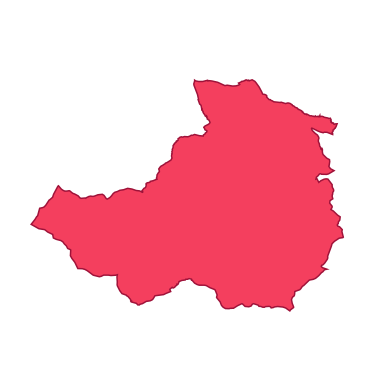 outline of Mihaileni, Sibiu, Romania, rotated 187°
{"feature_id": "2599482B13482598439545", "entity_name": "Mihaileni", "entity_type": "district", "adm_level": 2, "iso_a3": "ROU", "parent_name": "Romania", "parent_adm1": "Sibiu", "projection": "robinson", "projection_center": [24.371, 45.991], "detail": "fine", "context": "isolated", "style": "filled", "palette": "rose", "viewbox_px": 384, "rotation_deg": 187, "n_neighbors": 0, "source": "geoboundaries", "source_scale": "gbopen_adm2", "svg_char_len": 5903}
<svg xmlns="http://www.w3.org/2000/svg" viewBox="0 0 384 384"><g transform="rotate(187 192 192)"><path d="M203.0,303.3L202.9,302.6L203.4,299.5L203.0,298.1L198.4,289.4L196.8,284.8L197.2,284.5L195.1,280.2L194.2,279.7L193.5,278.9L192.5,275.8L192.1,275.8L192.0,275.6L192.4,275.4L192.3,274.6L190.8,273.3L190.9,272.8L190.0,271.4L188.8,270.3L188.1,269.0L187.4,268.8L186.9,269.4L186.2,268.3L186.5,267.7L185.6,266.8L185.7,266.3L183.8,265.3L182.6,263.3L182.6,262.9L183.8,261.3L187.1,259.1L188.2,257.7L188.1,257.4L187.3,256.7L186.7,255.3L184.8,254.7L184.6,253.7L184.9,253.1L186.0,252.1L186.1,251.3L187.6,250.0L187.7,248.9L191.6,248.8L196.5,249.4L198.0,248.5L198.9,248.2L199.6,248.3L201.3,247.0L202.9,246.3L206.3,246.1L208.0,245.3L209.0,245.5L210.5,245.0L211.3,244.0L212.3,243.3L212.1,241.8L213.2,240.6L213.5,240.8L213.8,240.5L214.0,239.8L213.9,239.4L215.1,238.4L215.4,237.3L215.8,237.2L215.9,236.5L216.4,235.9L216.2,233.8L216.8,231.9L216.5,230.9L216.9,229.6L216.4,228.1L216.8,227.4L216.5,226.9L216.7,226.3L216.7,225.2L216.0,223.2L216.8,221.1L220.5,218.1L221.9,217.4L222.2,216.7L223.8,215.5L224.2,215.0L225.8,214.0L226.7,212.9L227.8,210.8L226.9,208.7L226.9,208.0L227.5,207.5L228.8,204.7L228.7,202.6L229.0,201.4L228.3,200.5L232.1,198.4L234.7,197.5L234.7,197.1L235.3,196.4L237.5,195.7L238.3,195.1L238.7,194.3L238.2,193.8L238.5,191.2L239.2,190.3L240.1,189.8L241.8,187.1L241.0,186.5L241.0,185.7L241.3,185.6L244.0,186.7L247.7,186.7L251.9,187.6L256.3,187.8L260.2,185.9L263.8,184.9L266.1,183.4L268.6,182.3L270.0,180.9L271.4,178.4L272.8,176.5L275.3,174.6L276.3,175.0L278.9,177.9L280.7,178.8L285.0,177.8L288.8,175.8L290.6,175.5L292.0,175.6L293.8,175.0L296.4,173.3L296.7,172.8L297.4,173.0L301.3,172.2L302.5,172.5L304.5,174.3L308.2,175.7L310.3,176.2L313.4,178.2L314.1,178.3L316.6,177.6L318.4,177.4L320.1,177.9L322.0,178.9L325.3,181.9L325.8,181.4L329.1,172.9L329.7,169.8L332.3,166.9L332.8,166.6L335.5,161.1L336.9,159.2L338.3,158.3L341.2,157.3L342.3,149.6L343.2,148.5L344.4,145.8L347.7,140.3L339.5,136.9L333.9,136.7L333.1,136.4L330.4,134.7L325.1,132.9L324.0,129.5L321.1,128.5L316.1,127.8L314.0,126.7L312.4,124.9L310.2,123.3L308.5,120.8L305.5,119.9L305.3,119.6L304.9,113.9L303.2,111.5L299.7,107.9L296.0,102.1L291.4,102.5L288.8,102.1L286.3,101.1L279.9,97.4L273.6,96.6L271.9,97.2L269.6,98.7L264.8,99.3L262.3,99.2L257.6,100.1L256.0,100.8L256.1,98.5L255.2,93.6L255.0,90.8L254.6,89.7L251.6,85.2L249.1,82.6L244.6,81.6L244.3,81.1L242.8,80.5L239.9,77.8L239.7,77.0L238.8,76.5L239.3,75.8L238.9,75.5L233.6,74.7L232.0,73.3L230.4,73.5L230.0,74.2L227.5,75.2L224.0,77.9L220.3,78.9L218.5,80.0L217.6,81.1L216.1,84.5L207.7,86.7L205.4,88.2L201.0,90.6L202.2,92.7L200.1,95.0L199.1,94.4L197.6,95.3L197.1,96.3L195.5,97.9L195.8,98.6L194.7,98.7L194.1,100.5L194.0,101.5L191.3,103.0L187.9,103.9L187.6,104.6L185.6,104.9L184.4,105.7L181.9,105.4L181.7,104.4L181.2,104.5L178.4,101.9L175.7,100.8L173.6,100.4L168.4,101.0L166.5,100.9L162.5,99.2L158.2,98.1L157.1,97.6L154.5,92.9L154.8,90.5L154.4,89.9L150.7,86.4L149.0,83.2L148.2,82.4L147.0,81.4L144.6,80.4L141.0,80.7L139.8,81.2L136.6,81.7L132.8,84.8L128.9,87.2L128.3,87.1L125.4,84.9L121.6,85.0L119.7,85.9L119.2,86.3L118.7,87.7L117.7,88.5L117.0,88.6L112.7,87.8L111.6,86.7L109.6,86.8L108.1,86.3L106.2,86.4L105.1,87.2L101.5,87.9L100.1,87.6L99.3,86.6L97.1,87.3L96.1,88.0L93.0,88.8L87.8,88.9L84.9,88.3L80.4,85.9L79.9,87.0L77.1,89.7L77.1,90.2L79.0,93.8L80.1,97.2L79.8,98.8L79.3,100.0L77.9,101.4L77.7,102.6L77.8,105.8L73.2,108.1L72.3,109.2L70.9,111.9L69.8,112.7L64.8,118.9L61.0,120.1L58.8,121.4L56.0,124.4L53.7,127.7L52.4,128.8L51.0,131.0L48.7,131.8L53.3,132.8L54.6,133.8L54.4,135.0L53.2,135.6L51.7,137.5L49.5,141.7L49.2,143.1L49.5,144.5L49.4,145.4L47.1,155.1L46.7,157.7L44.6,160.4L40.3,164.1L36.7,165.1L36.3,165.6L38.4,171.0L38.3,173.0L41.2,175.4L43.1,175.9L43.7,176.7L43.7,177.5L43.0,178.5L43.1,180.0L41.9,182.1L41.9,185.4L44.7,186.8L49.3,190.3L52.0,191.5L51.1,193.8L51.1,194.5L51.3,195.1L52.0,195.8L54.0,197.7L54.0,200.0L53.8,200.4L51.4,202.4L52.3,204.5L52.4,206.4L52.1,207.1L52.3,208.5L51.5,210.4L51.9,211.9L53.0,213.3L53.6,214.8L53.8,216.4L58.7,221.4L60.5,221.4L62.5,220.8L65.6,218.8L67.3,217.0L69.7,220.5L70.5,220.0L70.3,222.0L68.9,223.4L67.7,225.4L66.6,225.8L65.6,225.4L60.5,225.9L58.7,226.6L53.6,230.5L57.4,232.0L59.2,234.0L59.3,234.4L59.1,235.1L59.0,239.0L59.5,240.9L62.4,242.0L66.4,245.1L66.9,245.9L67.5,247.7L67.7,249.9L68.3,251.2L68.5,251.2L68.6,250.3L68.8,250.0L69.4,250.4L69.8,252.0L70.8,253.0L71.5,255.4L72.7,257.5L72.9,259.1L72.6,260.8L72.9,261.8L74.4,263.8L77.0,265.3L80.1,267.7L81.1,269.5L81.0,269.9L80.2,269.9L74.6,267.9L72.0,267.2L69.0,266.8L67.9,267.5L65.2,267.7L59.4,266.2L59.5,267.2L60.2,268.1L59.4,269.5L59.6,270.6L58.9,271.0L58.3,272.3L57.6,272.8L57.6,273.5L57.1,274.0L56.3,277.4L58.3,277.0L59.1,276.5L59.6,276.8L60.0,277.7L61.2,277.4L61.3,277.9L62.7,278.3L62.8,278.6L62.4,279.2L63.1,279.9L62.7,280.5L63.7,282.1L65.1,281.6L66.0,282.0L69.9,282.3L70.7,282.7L72.3,283.0L73.7,282.5L74.2,282.8L74.4,283.5L74.8,282.2L75.1,282.1L75.6,282.2L76.1,282.6L76.5,282.2L78.3,282.0L78.8,282.5L79.4,281.8L80.4,282.1L80.8,281.8L82.6,282.2L84.2,282.0L87.4,283.3L87.9,282.8L88.5,283.4L89.4,283.0L91.5,284.3L91.5,284.6L92.2,284.7L92.2,285.4L93.2,285.7L93.3,286.0L95.4,286.8L96.4,286.9L96.4,287.2L97.4,287.6L97.8,288.2L99.8,288.6L101.0,289.5L101.9,289.9L102.3,289.8L103.0,290.2L103.2,290.8L105.6,291.9L107.6,292.1L110.0,291.2L114.6,292.0L115.2,291.6L121.8,291.5L123.5,292.3L124.6,292.5L125.5,293.2L126.7,293.1L129.5,295.3L129.4,296.4L130.0,297.1L131.7,297.7L133.4,297.7L134.0,298.0L134.7,299.4L138.2,304.4L141.8,308.3L143.1,309.5L146.0,310.7L148.6,309.4L148.8,309.7L149.6,309.9L150.0,309.3L151.4,309.9L152.7,309.6L152.8,309.2L155.4,307.9L155.9,308.0L157.3,306.8L159.1,305.8L157.8,304.5L158.9,303.7L161.2,302.7L164.5,302.1L170.1,302.3L172.3,301.6L179.8,304.0L185.6,304.6L188.3,304.6L189.8,304.2L190.1,304.8L194.8,303.0L198.9,302.5L201.8,302.7L203.0,303.3Z" fill="#f43f5e" stroke="#9f1239" stroke-width="1.5"/></g></svg>